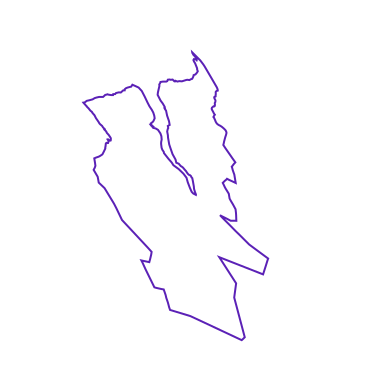 Kåfjord nor 2, Troms, Norway (Natural Earth projection), rotated 45°
{"feature_id": "86288312B7453580545213", "entity_name": "Kåfjord nor 2", "entity_type": "district", "adm_level": 2, "iso_a3": "NOR", "parent_name": "Norway", "parent_adm1": "Troms", "projection": "natural_earth1", "projection_center": [20.51, 69.497], "detail": "fine", "context": "isolated", "style": "outline", "palette": "violet", "viewbox_px": 384, "rotation_deg": 45, "n_neighbors": 0, "source": "geoboundaries", "source_scale": "gbopen_adm2", "svg_char_len": 5669}
<svg xmlns="http://www.w3.org/2000/svg" viewBox="0 0 384 384"><g transform="rotate(45 192 192)"><path d="M93.4,93.1L93.8,93.4L94.1,93.4L94.2,93.5L94.7,93.6L95.2,93.8L96.0,93.9L96.3,93.9L96.3,94.0L96.6,94.0L96.9,94.0L99.1,94.2L100.2,94.4L100.9,94.6L101.0,94.7L101.4,94.9L102.0,95.3L102.1,95.5L101.9,95.5L101.3,95.5L101.1,95.5L100.3,96.0L99.4,96.6L99.7,97.7L101.1,98.3L103.2,98.8L108.1,100.9L109.1,101.8L110.7,102.5L111.1,104.0L111.3,106.4L110.5,108.2L111.3,109.4L112.1,111.8L111.5,113.0L111.0,114.7L109.4,115.9L108.8,116.7L106.6,120.9L104.6,122.6L103.6,124.2L101.6,125.1L101.8,125.8L101.3,126.2L98.8,126.2L97.6,127.7L96.5,128.4L95.5,129.7L96.1,131.1L95.7,132.2L93.3,134.6L91.9,136.5L92.5,137.6L92.8,139.1L94.0,140.1L95.8,143.0L97.5,145.7L99.0,147.6L105.2,149.6L108.7,150.1L112.5,151.1L112.9,151.4L112.7,151.5L112.4,151.5L112.7,151.6L113.0,151.7L113.0,151.8L113.2,152.0L113.3,152.0L113.1,151.8L113.3,151.8L113.9,152.1L113.7,152.3L114.0,152.4L114.3,152.3L114.7,152.6L116.1,152.8L120.4,155.6L125.7,158.2L128.8,160.4L128.2,162.4L130.0,163.6L130.4,164.8L131.7,166.8L134.8,168.9L136.6,170.5L138.6,171.9L140.3,173.1L142.3,174.5L145.9,176.3L151.5,179.0L157.4,180.7L160.2,182.4L162.6,181.4L165.8,181.6L166.8,181.3L168.4,181.1L170.3,181.3L173.3,181.5L174.4,181.8L176.7,182.1L178.2,181.9L178.7,181.5L180.2,181.5L181.3,182.0L182.4,182.0L185.1,183.8L189.4,186.8L190.7,187.9L191.5,188.5L194.1,189.9L196.6,191.0L196.8,191.3L193.9,192.2L191.6,192.1L187.7,190.6L182.1,188.1L178.0,185.8L173.0,185.1L166.4,185.2L159.9,186.2L156.8,185.5L152.1,185.2L144.6,184.3L143.7,183.6L141.1,183.1L139.2,182.2L136.1,179.8L134.8,178.4L133.5,176.4L130.9,174.2L128.2,172.9L124.0,172.1L121.3,172.8L119.2,174.1L117.7,173.9L118.0,173.2L117.2,173.3L116.4,173.9L115.0,173.7L115.5,173.0L114.4,172.5L114.7,170.2L114.5,168.9L113.5,166.3L111.3,164.7L108.4,163.2L105.4,162.3L101.4,161.5L97.3,160.2L91.1,158.0L85.1,156.1L80.4,155.9L76.8,157.2L74.0,158.3L74.5,160.5L73.7,161.8L72.5,163.9L71.9,165.4L71.8,166.8L72.5,167.7L71.5,168.7L71.3,172.0L69.8,173.3L69.0,174.6L68.3,175.7L68.4,177.1L67.1,178.5L67.6,179.3L66.2,180.7L64.3,182.1L63.0,182.8L62.9,183.3L62.0,184.7L62.0,185.8L61.9,187.7L59.0,190.6L57.7,192.7L56.8,194.4L56.2,196.8L54.6,199.6L53.1,202.0L52.8,204.5L52.0,205.6L52.6,205.7L53.5,205.7L55.0,205.8L55.6,205.8L56.4,205.9L56.8,205.8L57.3,206.0L57.5,206.0L58.8,206.0L59.1,206.0L59.6,206.0L60.0,206.0L60.4,206.1L61.5,206.2L61.9,206.3L62.5,206.3L63.2,206.3L63.9,206.2L64.4,206.1L64.9,206.2L64.9,206.3L65.3,206.4L67.2,206.6L67.7,206.6L68.2,206.5L68.5,206.7L68.9,206.8L69.3,206.8L69.5,206.9L70.3,207.2L70.7,207.3L71.9,207.7L74.2,208.1L75.7,208.4L76.4,208.5L77.3,208.8L78.4,209.0L79.6,209.0L80.5,208.9L80.9,208.9L81.6,208.8L82.0,208.9L82.8,209.1L83.2,209.2L85.2,209.3L85.4,209.3L85.6,209.2L85.8,209.2L86.0,209.3L85.9,209.5L85.9,209.8L87.6,209.8L88.7,209.9L89.0,210.0L89.3,210.2L89.9,210.4L92.1,210.5L93.2,210.6L94.0,210.8L94.8,210.9L95.5,211.1L96.0,211.2L96.6,211.4L96.8,211.6L97.1,211.9L97.5,212.3L97.8,212.7L98.0,212.9L98.1,213.1L98.0,213.3L97.5,213.5L97.2,213.6L96.9,213.8L96.7,213.9L96.4,214.0L95.6,214.1L95.4,214.1L95.2,214.3L95.1,214.5L96.0,214.7L96.6,214.8L97.2,215.0L97.3,215.1L97.3,215.3L97.4,215.6L97.7,216.1L97.7,216.3L98.0,216.7L97.8,217.0L97.7,217.1L97.1,217.3L96.9,217.5L96.9,217.8L96.8,218.1L96.7,218.5L96.8,218.7L97.0,218.8L97.1,219.0L97.3,219.3L97.5,219.5L97.7,219.8L97.9,220.1L98.4,220.5L98.5,220.9L99.1,221.6L99.2,221.8L99.3,221.9L99.4,222.1L99.5,222.3L100.0,222.6L100.4,223.8L101.2,226.1L102.0,228.6L102.0,229.1L101.5,231.5L101.2,232.5L101.0,233.1L99.9,235.3L99.1,237.3L103.0,240.1L105.2,241.8L106.1,243.7L106.8,245.9L114.5,247.9L116.7,249.4L119.4,251.3L127.4,251.1L143.5,255.0L145.4,255.5L150.1,257.0L162.3,261.3L200.1,262.6L205.8,262.9L207.4,265.1L209.8,269.0L211.4,271.8L204.6,276.2L207.1,277.0L213.8,279.5L232.8,286.0L234.3,285.2L236.7,283.7L239.2,282.1L240.9,280.9L246.2,283.5L248.6,285.0L253.1,287.2L255.7,288.7L257.2,289.6L259.9,290.9L278.6,280.9L331.9,261.6L332.0,259.9L332.0,257.4L296.5,236.8L294.5,234.2L287.8,225.4L257.4,218.8L300.5,200.0L296.7,192.6L295.6,190.5L294.7,188.8L293.4,186.3L292.9,185.2L283.7,186.6L280.4,187.1L272.3,188.3L269.5,188.7L262.7,188.7L256.2,188.7L250.7,188.8L241.7,188.7L239.0,188.7L235.2,188.7L231.8,188.7L228.2,188.6L229.7,188.2L235.1,186.4L239.6,185.0L243.7,181.0L242.6,180.0L239.5,177.1L237.9,175.7L235.0,173.4L229.7,171.8L225.7,170.8L223.3,170.1L219.2,167.2L213.3,165.8L211.6,165.3L208.9,164.3L207.3,163.8L207.3,161.1L207.5,158.6L207.4,157.9L209.7,157.2L212.9,156.0L216.5,154.7L209.5,149.7L208.8,149.4L205.3,147.7L203.3,146.5L202.2,146.0L202.1,144.6L201.9,143.5L201.8,142.7L201.7,140.4L196.3,139.5L194.2,139.1L184.7,137.4L180.9,136.6L180.0,135.1L179.0,133.6L176.8,129.8L176.2,128.6L175.7,127.6L174.8,126.1L174.4,125.7L174.1,125.4L173.6,125.2L173.1,125.0L172.4,124.7L171.4,124.6L169.4,124.6L167.1,124.8L166.5,124.9L165.1,125.2L163.7,125.7L162.7,125.9L161.9,126.0L161.1,126.0L160.4,125.9L159.7,125.7L158.9,125.5L157.7,124.9L156.6,124.5L155.0,123.9L154.1,123.8L153.9,123.1L153.7,122.4L153.6,121.8L153.5,121.2L152.6,121.1L151.8,120.9L150.4,120.4L148.0,119.7L147.1,119.3L146.7,118.7L146.5,118.3L146.5,117.9L146.6,116.7L146.6,116.2L147.3,115.6L147.3,115.3L147.1,114.8L146.6,114.2L146.2,113.8L145.4,113.2L145.2,113.0L144.8,111.8L144.0,110.8L143.3,110.4L141.8,110.0L140.8,109.4L140.6,109.0L140.6,108.7L141.1,107.9L141.1,107.7L140.8,107.4L140.5,107.1L140.2,106.8L140.0,106.4L139.7,106.2L139.5,105.9L138.9,105.3L138.2,104.7L138.0,104.4L137.9,104.1L138.0,102.9L138.2,102.5L138.4,102.3L138.5,102.1L138.2,101.9L137.8,101.5L136.7,100.9L135.4,100.4L125.6,97.8L112.2,94.3L109.8,93.8L104.7,93.1L98.1,93.1L93.4,93.1Z" fill="none" stroke="#5b21b6" stroke-width="2"/></g></svg>